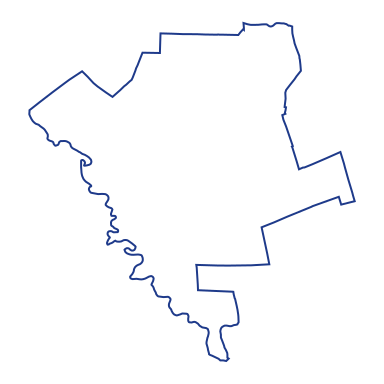 outline of Sirna, Prahova, Romania
{"feature_id": "2599482B16064748889643", "entity_name": "Sirna", "entity_type": "district", "adm_level": 2, "iso_a3": "ROU", "parent_name": "Romania", "parent_adm1": "Prahova", "projection": "albers", "projection_center": [25.931, 44.787], "detail": "fine", "context": "isolated", "style": "outline", "palette": "blue", "viewbox_px": 384, "rotation_deg": 0, "n_neighbors": 0, "source": "geoboundaries", "source_scale": "gbopen_adm2", "svg_char_len": 5945}
<svg xmlns="http://www.w3.org/2000/svg" viewBox="0 0 384 384"><path d="M171.5,310.6L172.6,312.7L173.4,313.7L174.1,314.4L175.3,315.0L176.6,315.4L177.4,315.3L178.0,315.1L180.2,314.4L182.3,313.5L186.1,313.7L186.8,313.8L187.4,314.0L187.8,314.5L188.4,315.8L188.5,316.8L188.2,318.5L188.2,320.2L188.3,321.0L188.8,322.0L189.4,322.3L191.7,322.5L193.2,322.0L194.0,321.9L194.6,321.9L195.2,322.0L195.9,322.3L198.0,323.7L199.6,325.7L202.3,327.4L206.2,328.1L207.4,328.8L207.9,329.2L208.6,331.7L208.7,332.7L208.6,333.7L207.9,336.7L207.5,337.5L206.6,341.6L206.5,342.4L206.5,342.8L206.5,343.8L206.9,345.0L207.8,348.3L208.0,349.8L209.0,353.4L209.1,354.3L210.0,354.9L212.1,355.7L218.6,358.8L220.3,360.4L223.2,360.4L226.2,361.0L228.7,358.6L227.4,357.7L227.4,354.5L227.2,352.9L225.8,349.8L224.5,347.6L224.1,345.8L223.1,343.1L221.6,339.2L221.1,338.1L220.9,337.3L220.9,334.7L220.3,331.4L220.4,330.8L220.5,330.1L220.7,329.3L221.2,328.2L221.5,327.6L222.4,326.8L224.0,325.9L224.8,325.6L226.7,325.6L229.9,326.2L231.5,326.1L233.9,325.1L236.1,324.8L237.4,324.4L237.7,323.6L238.3,322.8L238.6,322.2L238.4,316.6L238.2,314.5L237.5,309.8L236.7,305.9L235.1,298.9L234.7,298.3L233.7,294.3L233.3,291.8L232.3,291.7L198.0,290.2L197.8,284.7L197.1,273.8L196.7,267.5L196.3,264.9L216.9,265.5L228.2,265.6L251.5,265.3L269.3,264.3L267.2,253.5L261.6,227.3L274.0,222.4L287.2,216.7L311.9,206.6L312.2,206.3L338.8,196.8L341.2,204.6L354.7,201.2L353.1,195.8L352.3,192.7L350.7,187.4L348.3,179.5L344.9,167.3L343.9,163.4L340.4,152.0L327.1,157.9L326.9,158.0L312.5,164.2L304.9,167.3L304.2,167.5L303.1,167.5L299.0,169.3L296.6,161.1L292.3,147.3L291.9,146.6L292.8,146.1L286.1,126.5L283.4,119.7L282.7,116.7L282.3,115.1L285.4,113.8L284.9,112.9L285.1,111.9L285.5,110.4L286.0,107.3L284.6,107.0L285.6,98.7L285.3,92.7L286.1,90.0L290.1,84.8L294.5,79.3L296.5,76.3L300.9,70.8L300.4,64.7L299.8,59.3L299.5,58.4L299.3,55.9L296.3,48.1L294.6,43.4L294.0,40.3L293.1,36.7L292.4,33.4L292.2,29.9L292.2,26.5L289.9,25.7L289.3,25.6L288.7,25.7L287.9,25.2L286.4,24.1L285.8,24.0L283.8,23.4L281.9,23.4L278.7,23.1L276.7,23.1L275.3,23.7L273.2,25.6L271.8,26.3L270.7,26.5L269.3,26.2L266.9,24.5L266.0,24.3L262.2,24.4L258.2,24.8L251.7,24.9L250.3,24.8L247.4,24.2L243.5,23.0L243.9,28.1L243.9,29.8L243.2,29.2L240.4,32.3L238.3,35.0L223.7,34.7L219.5,34.7L218.7,34.5L217.7,34.5L217.3,34.7L204.6,34.5L197.1,34.2L182.3,34.1L172.0,33.7L160.5,33.4L159.9,53.0L142.5,52.7L138.6,62.6L137.6,65.2L136.1,68.3L135.4,70.6L132.7,77.6L131.6,79.9L129.7,81.4L126.2,84.7L124.2,86.2L120.1,90.2L112.5,96.9L106.0,92.5L97.6,86.5L93.5,83.1L87.7,76.8L82.1,71.3L69.4,79.7L64.9,83.0L52.2,92.5L39.5,102.3L29.5,110.2L29.5,111.2L29.3,114.0L29.4,114.6L30.5,117.1L31.4,118.9L32.8,121.1L34.3,122.6L35.7,123.7L38.7,124.8L40.0,126.0L43.6,128.6L44.7,129.7L47.0,133.2L47.7,134.4L47.8,135.5L47.8,136.8L47.4,138.2L47.5,138.8L47.8,139.3L48.5,140.0L49.5,140.6L52.0,141.4L53.0,142.0L53.3,142.4L53.7,143.9L54.8,145.3L55.2,145.6L55.7,145.7L57.9,144.9L58.5,144.2L59.0,142.7L59.3,142.0L60.6,141.1L64.4,141.0L65.6,141.1L66.7,141.4L68.8,142.5L69.7,143.2L70.4,144.4L70.8,146.0L71.0,146.4L71.6,147.3L72.3,148.0L73.4,148.7L77.1,150.6L79.0,151.9L79.9,152.2L82.3,153.9L84.8,154.8L86.9,156.0L88.9,157.4L90.8,159.5L91.1,160.1L91.4,161.7L91.3,162.3L91.0,163.2L90.6,163.9L89.4,164.7L86.8,165.4L84.8,165.7L84.3,165.7L84.1,165.5L84.1,165.4L85.0,163.0L84.9,162.3L84.5,161.4L83.6,160.5L82.8,160.0L82.1,160.0L81.4,160.3L81.2,160.5L81.1,161.2L81.1,162.4L81.1,167.2L81.3,169.5L81.5,172.6L81.8,174.4L82.2,176.0L82.7,177.2L83.4,178.8L84.6,180.4L86.0,181.8L89.3,183.9L91.1,185.5L91.2,186.1L91.0,186.4L90.0,186.8L89.5,187.4L89.0,188.4L88.9,189.3L89.0,189.8L89.4,190.8L90.1,191.9L90.8,192.6L91.8,192.9L98.2,194.1L102.1,193.9L105.1,194.1L105.8,194.3L106.9,195.0L108.0,196.1L108.2,196.5L108.5,197.6L108.5,198.2L108.4,199.3L107.9,200.4L105.9,203.5L105.7,204.4L105.7,204.9L106.1,205.4L107.2,206.4L108.8,207.3L111.4,208.2L112.1,208.9L112.4,209.6L111.0,213.7L111.0,214.6L111.4,215.7L111.8,215.9L114.6,215.9L115.1,216.0L115.5,216.3L115.9,217.0L115.9,217.8L115.5,218.3L114.3,219.2L112.5,220.0L112.1,220.4L111.6,220.9L111.2,221.7L111.0,222.5L111.1,224.7L111.2,225.3L111.6,225.8L113.2,226.8L114.2,228.0L115.0,228.4L116.9,229.2L117.7,229.7L118.0,230.1L118.1,230.4L118.1,231.0L118.1,231.4L117.8,232.0L117.7,232.1L113.8,232.3L113.1,232.1L111.7,231.3L110.7,231.1L109.1,231.3L108.5,231.6L108.1,232.0L107.8,232.6L107.6,233.3L107.6,234.2L107.9,235.1L108.2,235.5L108.9,236.5L109.7,237.2L109.8,237.5L109.5,238.1L108.4,239.5L107.5,241.4L107.0,243.0L107.1,243.6L107.3,244.1L107.6,244.6L107.8,244.6L108.8,244.4L109.3,243.9L109.7,243.7L111.7,243.0L112.9,242.3L114.4,241.1L115.3,240.7L116.2,241.3L116.8,241.5L118.1,241.7L119.5,241.7L121.3,241.4L123.6,240.2L124.9,240.0L126.0,240.0L127.4,240.3L128.3,240.8L132.1,243.5L135.1,246.0L135.6,246.7L135.4,247.8L135.2,248.5L134.4,249.9L133.2,250.5L132.2,250.6L131.5,250.5L130.2,249.7L129.2,248.7L128.0,248.2L126.8,248.2L126.3,248.4L125.0,249.2L124.5,249.8L125.2,251.6L125.4,252.0L126.5,253.0L127.3,253.5L129.4,254.3L131.1,254.7L133.3,254.8L138.0,254.5L139.6,254.7L140.8,255.0L141.3,255.2L141.7,255.5L142.4,257.1L142.7,258.1L142.8,259.6L142.7,260.8L142.1,262.1L141.5,262.9L140.6,263.7L139.9,264.2L138.3,264.8L136.6,265.7L135.3,266.9L134.9,267.4L134.3,268.6L134.0,269.3L133.8,270.8L133.4,272.1L132.2,274.2L130.3,276.4L130.1,276.9L130.3,277.8L130.6,278.3L131.1,278.6L131.8,278.9L132.6,279.1L136.5,278.8L139.9,279.3L141.4,279.4L143.0,279.2L144.8,278.7L145.8,278.3L149.0,276.6L150.1,276.3L150.9,276.1L151.5,276.1L152.4,276.6L152.9,277.0L153.4,277.8L153.6,278.2L153.6,278.9L153.2,280.7L152.9,281.5L151.6,284.1L151.5,284.5L151.5,284.8L153.0,286.5L153.3,287.1L153.7,288.0L154.1,289.4L154.6,290.5L155.7,292.4L156.3,294.3L157.3,295.6L157.7,296.0L158.4,296.4L163.5,297.1L167.9,296.8L168.8,297.1L169.8,298.0L170.3,298.6L170.5,299.1L170.5,299.7L170.3,300.5L169.1,303.5L168.9,304.7L168.9,305.4L169.1,306.6L169.6,307.6L171.0,309.2L171.3,309.8L171.5,310.6Z" fill="none" stroke="#1e3a8a" stroke-width="2"/></svg>